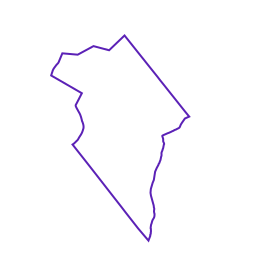 the district of General Juan F.Quiroga, La Rioja, Argentina, rotated 230°
{"feature_id": "61730980B64076546006472", "entity_name": "General Juan F.Quiroga", "entity_type": "district", "adm_level": 2, "iso_a3": "ARG", "parent_name": "Argentina", "parent_adm1": "La Rioja", "projection": "orthographic", "projection_center": [-67.011, -30.806], "detail": "fine", "context": "isolated", "style": "outline", "palette": "violet", "viewbox_px": 256, "rotation_deg": 230, "n_neighbors": 0, "source": "geoboundaries", "source_scale": "gbopen_adm2", "svg_char_len": 2482}
<svg xmlns="http://www.w3.org/2000/svg" viewBox="0 0 256 256"><g transform="rotate(230 128 128)"><path d="M28.6,71.3L29.5,72.9L30.8,75.3L31.0,75.6L31.1,75.8L31.4,75.9L31.6,76.2L31.9,76.4L32.0,76.6L32.1,76.8L32.1,77.0L32.5,77.6L32.8,77.8L33.2,78.1L33.5,78.6L33.9,79.0L34.3,79.3L34.7,79.7L35.1,79.9L35.3,80.1L35.8,80.5L36.2,80.8L36.5,80.8L36.7,81.0L37.4,81.6L37.9,82.2L39.0,83.4L39.8,84.8L40.8,86.2L41.6,87.5L42.0,88.6L42.3,89.5L42.7,90.5L43.5,91.6L45.1,93.1L45.9,93.4L47.1,94.1L47.5,94.4L47.8,94.7L48.6,95.5L49.1,96.1L49.8,96.5L50.6,96.8L51.4,97.4L52.4,98.0L53.3,98.4L54.4,98.9L57.9,100.5L61.4,102.1L63.9,103.6L66.0,105.7L66.6,106.3L70.2,111.7L71.6,114.4L77.1,120.7L78.9,124.3L80.2,127.6L80.7,128.3L81.0,129.4L81.5,130.3L81.9,130.9L82.3,131.7L82.6,132.3L83.4,133.3L83.8,133.8L84.2,134.3L84.7,134.9L84.8,135.2L85.5,136.1L86.2,136.7L86.9,137.2L87.7,138.0L87.9,138.4L88.2,138.9L88.6,139.8L89.0,140.3L89.6,141.2L89.6,141.4L90.0,142.0L90.2,142.3L90.9,143.1L91.6,144.0L92.2,144.7L92.5,145.4L93.2,145.8L95.0,146.3L96.3,147.3L97.0,147.9L97.2,148.0L97.9,148.3L98.9,148.7L99.8,149.1L100.0,149.4L99.9,149.9L99.9,150.2L99.1,152.9L98.5,155.0L98.1,156.0L97.6,157.7L97.5,158.0L97.1,159.8L96.7,161.0L96.6,161.5L96.6,162.2L96.0,163.7L95.8,164.8L95.5,166.0L95.4,166.4L95.3,166.9L95.3,167.9L95.8,169.0L96.7,170.7L97.3,172.6L98.7,177.7L97.4,182.2L104.2,182.3L131.1,183.0L138.5,183.2L143.9,183.3L148.0,183.5L156.9,183.7L201.1,184.8L199.7,163.5L212.9,154.2L216.5,136.6L227.4,125.7L222.8,116.8L222.6,116.0L222.5,115.1L222.4,114.3L222.3,113.5L222.1,112.7L221.9,111.9L221.7,111.0L221.5,110.2L221.3,109.4L221.0,108.6L220.7,107.9L220.3,107.1L219.8,106.4L219.4,105.7L219.0,105.0L218.5,104.3L218.1,103.6L217.6,102.9L184.3,115.0L179.9,104.5L179.6,103.7L179.3,102.9L178.8,102.3L178.0,101.9L177.2,101.7L176.4,101.5L175.6,101.3L174.8,101.2L173.9,101.0L173.1,100.8L172.3,100.7L171.5,100.5L170.7,100.4L169.9,100.2L169.1,100.0L168.3,99.7L167.5,99.4L166.7,99.1L166.0,98.8L165.2,98.4L164.5,98.1L163.7,97.7L163.0,97.3L162.2,97.1L161.4,96.8L160.6,96.5L159.9,96.2L159.1,95.8L158.4,95.4L157.7,94.9L157.1,94.4L156.5,93.8L156.0,93.1L155.6,92.4L155.1,91.7L154.7,91.0L154.3,90.3L153.9,89.5L153.6,88.8L153.3,88.0L153.0,87.2L152.8,86.4L152.5,85.6L152.3,84.8L152.0,84.0L151.7,83.2L151.4,82.5L151.2,81.6L151.1,80.8L151.1,80.0L151.0,79.2L150.9,78.3L150.9,77.5L150.8,76.7L150.9,75.8L151.0,74.9L128.1,74.2L119.2,73.9L83.4,72.6L71.7,72.2L65.0,71.9L44.5,71.2L44.2,71.2L28.6,71.3Z" fill="none" stroke="#5b21b6" stroke-width="2"/></g></svg>